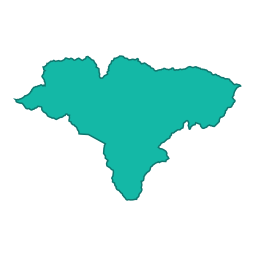 the district of Contumaza, Cajamarca, Peru
{"feature_id": "86281439B42243270473185", "entity_name": "Contumaza", "entity_type": "district", "adm_level": 2, "iso_a3": "PER", "parent_name": "Peru", "parent_adm1": "Cajamarca", "projection": "albers", "projection_center": [-78.994, -7.42], "detail": "fine", "context": "isolated", "style": "filled", "palette": "teal", "viewbox_px": 256, "rotation_deg": 0, "n_neighbors": 0, "source": "geoboundaries", "source_scale": "gbopen_adm2", "svg_char_len": 5725}
<svg xmlns="http://www.w3.org/2000/svg" viewBox="0 0 256 256"><path d="M141.7,188.6L141.3,188.1L141.2,187.7L141.8,185.1L141.8,184.5L141.6,183.9L141.6,182.6L141.2,181.7L141.2,181.3L142.3,181.1L143.5,180.3L143.9,178.2L143.9,176.4L144.7,175.7L145.2,174.3L146.2,173.7L146.5,172.9L146.9,172.7L147.8,171.8L148.7,171.5L150.0,169.9L150.6,167.2L151.6,166.3L152.2,166.1L152.7,165.2L155.6,163.1L158.5,161.9L159.2,162.5L159.5,162.5L160.3,161.9L162.1,161.3L165.8,161.5L166.2,160.1L168.8,158.5L168.1,157.0L167.6,156.7L166.9,155.7L166.6,154.4L166.9,153.2L165.9,151.3L163.9,149.9L161.9,148.9L160.1,148.7L158.3,147.3L159.0,146.0L160.4,144.8L161.0,143.4L163.0,142.3L164.0,142.1L167.1,139.2L169.0,138.4L169.8,137.8L170.0,137.2L169.9,136.3L170.6,135.9L171.4,135.0L171.4,133.8L171.8,133.2L172.6,132.9L173.3,133.0L174.3,132.4L174.8,131.7L176.0,131.2L176.3,130.7L177.8,129.8L180.0,129.8L181.5,128.4L182.9,127.9L183.4,125.3L183.4,123.8L183.6,123.1L184.8,122.3L185.7,121.3L187.0,120.6L187.4,120.7L187.9,121.1L188.7,122.9L188.8,123.5L188.2,125.6L188.8,127.0L189.1,128.9L189.5,129.2L190.0,129.1L190.4,128.6L190.8,126.9L191.6,126.5L192.2,125.6L194.1,124.7L194.7,124.8L195.1,124.7L195.8,122.7L200.3,124.3L200.7,126.1L202.3,128.1L203.6,128.3L204.6,128.0L205.1,127.6L206.0,127.4L206.9,126.9L207.3,126.2L208.5,125.4L209.0,125.4L209.6,125.0L210.6,125.7L211.7,125.7L212.5,126.2L213.4,126.2L214.0,126.5L214.6,126.2L218.1,122.8L218.4,122.3L219.2,121.7L219.4,119.3L220.5,117.2L221.8,117.1L223.8,115.8L224.3,115.1L224.5,113.8L225.3,112.9L225.5,110.7L226.5,110.1L227.7,107.6L230.7,107.2L231.6,106.6L232.2,105.1L233.0,104.2L233.5,102.7L234.5,102.0L235.0,101.0L234.8,100.3L234.0,99.8L232.4,97.6L232.7,96.6L233.8,95.3L233.7,94.3L234.4,91.9L235.4,90.0L236.8,87.9L239.2,86.3L240.6,86.1L240.5,85.6L239.2,84.8L237.3,84.5L236.8,84.1L234.3,84.6L233.0,83.5L232.2,82.4L231.3,81.8L231.2,81.4L230.0,80.7L229.6,79.5L229.2,79.2L227.3,78.8L226.1,78.8L225.8,78.9L225.1,78.8L223.3,77.7L221.6,77.6L219.9,76.7L218.7,75.8L217.8,75.7L216.9,75.3L216.4,74.7L215.6,74.3L213.5,74.9L213.0,74.8L212.3,74.5L211.1,72.7L210.2,72.1L208.2,71.7L206.8,70.3L205.9,69.9L205.1,69.9L203.9,69.3L203.0,69.6L202.2,69.1L200.8,69.2L200.0,68.1L199.2,68.3L197.7,67.4L197.0,67.7L196.1,66.8L195.1,66.9L193.4,67.5L192.4,67.5L190.0,66.6L188.7,66.9L187.4,67.5L186.9,68.0L184.9,69.1L183.9,69.1L181.7,69.6L180.2,69.1L178.1,70.0L176.7,69.8L175.4,70.0L175.1,70.3L174.2,70.0L173.9,69.2L173.1,68.1L172.1,68.1L171.6,68.4L171.1,69.1L170.2,69.1L169.2,69.6L168.7,69.7L167.8,69.4L166.3,69.3L164.8,68.5L163.9,68.4L163.2,69.0L161.7,69.3L161.2,69.8L159.8,69.8L157.7,70.3L157.0,70.8L155.3,70.9L154.0,69.9L153.5,68.8L152.6,68.3L151.7,68.2L150.6,67.6L150.4,66.8L149.8,66.1L149.1,66.1L148.6,65.6L147.9,65.5L147.3,64.8L146.9,64.7L145.7,63.6L144.2,63.0L143.4,63.6L142.5,63.5L141.4,63.8L139.7,61.6L137.9,60.9L137.9,60.5L138.4,59.7L137.9,58.7L137.2,58.6L136.4,59.3L135.2,59.8L134.3,59.7L133.8,59.3L133.1,59.5L132.2,59.2L131.1,59.7L128.9,59.9L127.6,58.9L127.2,58.4L124.6,58.1L123.3,56.5L122.5,56.5L121.9,56.1L121.1,56.2L119.8,56.0L118.3,57.2L115.6,58.3L114.3,58.3L114.1,58.4L114.1,58.9L113.4,60.3L112.8,60.8L111.7,60.9L111.0,63.6L109.5,64.9L109.2,65.9L109.2,66.2L108.6,66.8L108.9,68.1L108.2,69.3L108.7,70.0L108.8,70.6L108.2,71.1L107.5,71.3L107.1,72.3L107.6,73.7L107.6,74.2L104.4,75.8L102.9,77.7L102.3,78.1L100.4,78.1L99.7,77.1L99.4,76.0L99.7,74.2L99.1,72.4L98.9,68.8L97.1,67.5L96.2,67.2L96.5,65.4L96.3,64.5L95.4,63.6L94.3,62.0L93.6,60.4L92.0,59.9L90.8,59.0L89.6,57.7L88.7,57.5L88.3,56.8L87.9,56.5L86.7,56.7L86.2,56.9L85.6,58.7L84.2,59.2L82.5,60.4L81.7,60.2L78.8,58.2L76.9,58.9L76.2,59.5L75.0,60.1L74.4,60.2L73.9,60.1L72.4,58.8L71.1,58.3L70.5,58.4L69.4,59.2L65.9,58.0L65.1,58.4L64.9,59.0L64.2,59.7L61.6,61.0L59.6,61.1L58.9,60.6L55.7,61.3L55.3,61.3L53.8,60.4L52.4,61.3L50.6,61.3L50.0,62.0L49.1,62.5L48.2,63.5L47.1,63.4L46.6,65.1L44.3,66.9L43.1,67.0L43.6,68.4L43.8,69.6L44.2,70.2L45.0,70.7L44.3,71.1L43.8,71.9L43.5,74.1L42.3,75.5L42.0,76.6L44.3,79.9L44.4,81.4L44.9,82.1L45.2,83.4L45.0,85.8L44.6,85.7L43.8,85.2L43.2,85.9L42.8,85.9L42.1,85.2L41.0,84.8L39.3,85.8L38.2,85.8L37.2,86.6L35.7,86.6L34.8,87.2L33.8,87.4L31.8,89.8L31.6,91.0L30.8,91.4L30.6,92.1L29.5,93.5L27.7,94.9L26.2,95.6L24.8,95.9L24.0,96.9L22.5,98.0L20.8,98.8L19.2,99.2L18.8,99.7L18.4,99.8L17.4,99.5L16.7,99.8L15.4,99.5L16.0,100.1L16.2,101.6L17.1,102.2L20.0,103.1L21.9,103.2L23.2,104.4L25.7,108.0L26.3,108.5L27.4,108.8L29.2,108.5L29.6,109.0L31.2,110.0L32.2,109.8L32.9,109.2L33.9,109.2L35.1,108.0L35.9,108.1L37.0,107.4L37.9,106.3L41.0,106.8L41.5,107.1L41.8,107.6L41.8,109.2L42.0,110.0L43.5,111.9L45.6,113.0L46.4,113.7L47.3,115.2L47.5,115.8L49.4,116.9L51.5,117.6L52.0,118.1L53.7,118.0L55.9,119.3L56.4,119.4L60.1,117.4L61.4,117.3L62.6,116.9L63.7,115.8L65.1,115.4L65.6,114.4L66.2,114.0L67.4,114.3L67.9,115.2L69.5,115.3L69.3,116.3L69.5,118.1L69.0,120.0L69.1,121.1L71.0,122.0L71.5,123.5L71.9,123.9L73.1,124.8L74.4,125.1L74.9,126.1L75.9,126.6L76.8,127.6L77.6,129.9L78.4,130.7L79.0,132.5L79.0,133.8L80.1,134.0L88.4,134.5L105.4,143.8L104.3,145.8L104.4,146.8L104.0,148.0L103.6,153.5L105.4,155.8L105.3,158.2L106.5,159.0L107.1,159.8L107.9,160.2L107.9,161.0L107.2,161.7L106.6,163.5L106.7,164.8L107.0,165.9L110.3,168.0L111.4,169.4L113.2,170.2L113.3,170.5L113.4,172.3L113.0,175.5L112.8,176.3L112.1,177.3L111.8,178.2L112.5,179.4L112.7,180.5L112.5,181.8L113.5,182.6L114.5,182.9L114.9,185.3L115.2,185.8L116.2,186.6L116.0,187.8L116.9,189.4L118.2,190.2L119.1,190.4L119.7,191.4L120.3,191.8L120.6,192.5L122.2,193.6L122.8,195.3L123.4,195.9L124.0,196.8L125.0,197.7L126.1,199.4L127.1,200.0L128.5,199.6L130.7,199.9L132.9,199.8L135.2,199.3L136.6,199.3L137.1,197.8L138.3,196.9L139.0,195.8L138.9,195.0L139.1,194.3L141.1,191.8L141.9,189.9L141.7,188.6Z" fill="#14b8a6" stroke="#0f766e" stroke-width="1.5"/></svg>